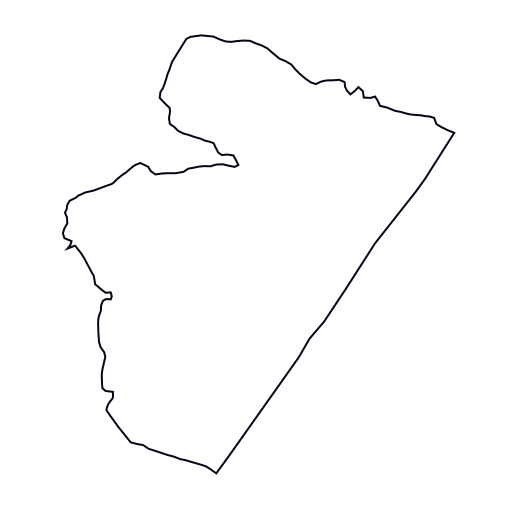 outline of Kuria West, Nyanza, Kenya, rotated 272°
{"feature_id": "3690345B86494009793520", "entity_name": "Kuria West", "entity_type": "district", "adm_level": 2, "iso_a3": "KEN", "parent_name": "Kenya", "parent_adm1": "Nyanza", "projection": "natural_earth1", "projection_center": [34.539, -1.202], "detail": "fine", "context": "isolated", "style": "outline", "palette": "ink", "viewbox_px": 512, "rotation_deg": 272, "n_neighbors": 0, "source": "geoboundaries", "source_scale": "gbopen_adm2", "svg_char_len": 2649}
<svg xmlns="http://www.w3.org/2000/svg" viewBox="0 0 512 512"><g transform="rotate(272 256 256)"><path d="M305.6,69.5L304.7,67.8L301.3,66.0L299.9,65.5L296.4,65.2L292.5,63.6L288.0,65.7L281.9,66.3L277.0,63.6L272.0,62.2L267.1,63.9L264.4,71.1L260.3,70.0L256.8,67.3L259.3,73.1L259.9,75.0L256.3,78.0L252.1,81.5L247.1,84.8L242.0,87.7L237.0,90.6L230.1,94.7L222.2,96.2L216.5,103.4L214.0,107.1L214.6,112.0L210.8,113.3L207.6,112.3L207.7,107.5L205.9,104.6L201.0,102.9L195.8,102.9L191.9,101.5L188.2,100.7L184.0,100.5L180.8,100.7L174.6,101.1L164.7,102.1L159.5,103.8L154.4,107.7L149.9,108.9L144.7,107.9L138.5,106.7L135.9,106.3L132.7,106.0L129.0,106.2L122.8,106.6L118.6,107.1L115.9,110.3L115.2,117.8L109.3,118.0L104.7,114.7L102.9,113.6L99.5,112.3L96.7,111.9L91.9,115.4L87.6,118.8L80.9,123.9L65.4,137.3L63.9,143.9L63.1,149.8L59.6,155.4L54.0,174.7L52.8,180.3L50.3,187.7L49.5,192.6L46.6,203.9L45.6,207.9L44.2,213.0L41.6,217.5L37.4,223.9L54.7,235.6L121.1,279.2L156.6,302.5L175.3,312.4L192.9,326.4L226.2,346.9L272.8,374.5L325.8,413.4L338.6,422.0L386.0,449.8L388.5,443.0L391.1,437.2L394.1,431.7L400.3,429.2L401.5,424.5L401.7,419.9L402.1,417.5L402.4,415.5L402.5,410.9L402.8,405.8L403.7,400.8L405.0,395.9L406.0,389.7L408.9,381.9L410.4,374.7L415.8,372.0L419.5,369.4L418.0,365.0L418.1,358.2L424.3,357.1L428.4,352.5L424.2,348.8L420.8,344.7L424.4,341.2L428.2,339.1L432.9,338.5L435.0,332.9L434.4,327.8L434.2,325.9L434.1,322.9L433.8,319.7L432.8,315.8L432.3,314.4L429.9,309.9L431.3,305.0L435.0,299.2L439.7,293.2L444.2,288.5L448.6,284.6L451.8,278.6L454.1,272.5L456.7,269.2L459.8,265.1L463.9,260.1L466.7,254.2L468.6,248.0L470.8,242.6L470.9,236.3L470.1,229.3L469.1,223.5L469.4,217.9L471.3,212.0L473.8,205.8L474.6,193.5L472.7,182.8L470.5,178.8L463.1,174.5L452.6,168.5L447.4,165.5L446.5,165.2L444.5,164.5L443.3,164.2L439.6,163.1L435.6,161.6L434.5,161.2L432.0,160.6L428.8,159.8L424.4,158.5L420.2,157.0L416.6,154.8L414.5,154.6L412.2,154.4L410.7,154.2L404.9,160.1L401.0,164.5L397.3,165.1L390.9,164.2L385.0,165.3L382.1,169.8L378.4,173.7L375.9,179.1L374.7,184.4L372.9,190.0L371.4,196.1L369.6,200.8L369.1,202.9L368.7,205.2L367.3,209.7L363.1,211.8L358.1,214.6L355.7,218.4L356.4,223.9L355.7,229.9L351.2,232.6L346.3,235.2L344.3,231.5L345.3,225.6L346.5,219.6L346.0,213.0L344.1,207.5L344.0,200.9L343.3,195.5L342.1,190.8L340.9,185.2L337.6,180.7L335.9,172.7L335.7,165.1L335.2,159.3L334.0,152.6L337.1,148.0L341.4,145.1L344.9,137.2L343.1,132.9L341.5,130.4L338.7,127.2L335.3,123.6L332.3,119.5L328.4,115.0L327.3,113.8L324.1,110.9L322.8,109.0L321.3,105.0L320.7,103.5L318.6,98.4L315.7,91.4L313.6,83.3L310.1,76.3L307.9,73.8L306.6,71.4L305.6,69.5Z" fill="none" stroke="#020617" stroke-width="2"/></g></svg>